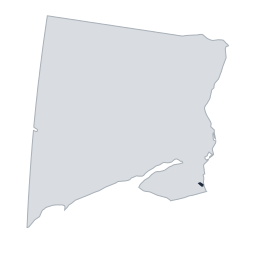 El Arish 3, Shamal Sina', Egypt (highlighted), rotated 94°
{"feature_id": "37247803B18293726613988", "entity_name": "El Arish 3", "entity_type": "district", "adm_level": 2, "iso_a3": "EGY", "parent_name": "Egypt", "parent_adm1": "Shamal Sina'", "projection": "albers", "projection_center": [33.79, 31.001], "detail": "fine", "context": "in_parent", "style": "filled", "palette": "slate", "viewbox_px": 256, "rotation_deg": 94, "n_neighbors": 0, "source": "geoboundaries", "source_scale": "gbopen_adm2", "svg_char_len": 3143}
<svg xmlns="http://www.w3.org/2000/svg" viewBox="0 0 256 256"><g transform="rotate(94 128 128)"><path d="M234.3,221.8L228.4,221.9L222.6,222.1L216.7,222.2L210.8,222.3L205.0,222.4L199.1,222.4L193.2,222.5L187.3,222.5L181.5,222.5L175.6,222.5L169.7,222.5L163.9,222.5L158.0,222.4L152.1,222.4L146.2,222.3L140.4,222.2L137.0,222.1L137.6,220.4L138.0,219.3L137.6,218.4L136.5,218.2L135.7,218.4L133.9,221.9L133.0,222.0L130.9,222.0L124.1,221.8L117.2,221.6L110.4,221.4L103.6,221.1L96.7,220.9L89.9,220.6L83.1,220.2L76.3,219.9L69.4,219.5L62.6,219.1L55.8,218.7L49.0,218.3L42.1,217.8L35.3,217.3L28.5,216.8L21.7,216.3L22.0,212.1L22.4,207.9L22.7,203.6L23.0,199.4L23.4,195.2L23.7,190.9L24.0,186.7L24.4,182.5L24.7,178.2L25.1,174.0L25.4,169.7L25.7,165.5L26.1,161.2L26.4,157.0L26.7,152.7L27.1,148.5L27.4,144.2L27.8,140.0L28.1,135.7L28.4,131.5L28.8,127.2L29.1,122.9L29.4,118.7L29.8,114.4L30.1,110.1L30.5,105.9L30.8,101.6L31.1,97.3L31.5,93.1L31.8,88.8L32.2,84.5L32.5,80.3L32.4,79.5L31.7,76.5L31.2,72.7L30.6,68.1L30.6,66.7L29.5,61.9L29.5,60.5L29.9,59.6L32.7,55.9L33.6,54.0L34.4,51.8L34.8,49.9L34.3,47.0L33.7,44.4L33.6,41.8L33.7,39.2L35.1,37.5L36.7,36.0L37.3,35.0L38.3,33.9L39.0,33.5L40.0,35.9L42.5,36.5L51.0,35.0L60.0,37.7L65.0,38.8L72.7,41.1L77.2,44.5L78.5,45.0L81.9,45.1L84.1,47.1L93.0,48.4L97.7,50.7L100.3,52.4L101.9,53.0L103.3,53.0L105.3,52.4L107.8,51.4L110.5,49.9L116.2,46.0L118.2,45.3L119.4,45.5L121.0,45.5L121.7,44.4L122.5,43.7L123.1,42.8L123.9,41.8L126.8,41.6L132.6,40.0L131.9,40.8L126.6,42.7L128.9,43.0L131.2,42.4L133.8,42.0L134.3,41.2L134.7,39.6L135.2,39.4L137.0,39.7L142.3,42.3L143.6,42.4L147.4,41.1L148.3,40.8L149.5,41.6L152.2,44.7L151.2,44.6L148.3,41.9L148.0,43.2L146.3,45.5L148.4,46.6L150.1,47.0L151.0,48.3L151.6,49.4L153.3,48.9L154.6,47.4L153.9,46.5L153.5,45.6L154.1,45.6L155.3,46.4L158.6,49.4L159.8,50.0L161.1,49.9L163.9,49.1L164.7,49.2L168.4,48.2L168.8,49.0L169.4,49.8L172.4,48.9L177.2,48.9L181.0,47.9L185.5,45.6L185.8,45.2L186.1,45.8L186.6,47.4L188.0,51.5L189.2,54.7L190.7,59.1L191.1,60.8L191.3,61.9L193.5,66.8L194.8,70.8L195.8,74.0L197.1,78.7L197.7,80.4L196.8,81.2L194.9,84.3L193.0,94.1L190.2,101.8L189.9,106.6L189.5,108.3L188.1,110.7L186.4,113.1L183.5,111.9L178.7,107.7L175.9,103.7L172.9,101.2L170.1,97.8L169.3,95.3L169.4,93.8L168.2,89.9L167.3,88.1L163.9,84.0L162.9,81.9L162.2,80.9L161.4,79.5L160.2,74.2L158.9,70.9L157.4,71.8L157.6,73.2L156.3,75.1L155.4,77.4L156.0,79.2L158.8,82.1L159.4,83.3L160.0,86.0L159.8,89.6L160.3,90.8L162.3,93.5L163.1,95.2L163.5,96.5L164.2,97.8L166.3,100.1L169.3,104.6L172.1,107.6L174.2,109.1L175.1,110.6L175.3,114.3L175.1,116.1L176.9,119.5L177.6,121.2L179.4,122.6L180.2,124.1L180.9,126.7L182.1,134.3L183.6,136.2L188.5,146.2L192.6,152.5L194.6,157.2L197.6,162.9L203.7,175.5L207.3,179.3L208.8,181.5L211.4,183.1L214.2,185.5L211.5,185.3L210.9,185.5L209.9,185.9L209.5,187.4L209.3,188.6L209.8,195.0L210.5,198.2L213.0,204.3L214.8,206.1L215.7,207.3L216.9,208.1L222.6,210.1L226.0,214.5L233.5,219.9L234.3,221.4L234.3,221.8Z" fill="#d9dde1" stroke="#a8b0b8" stroke-width="1"/><path d="M179.3,49.4L178.6,50.8L177.8,52.2L178.3,53.3L178.9,52.6L180.6,50.3L180.5,49.5L179.3,49.4Z" fill="#64748b" stroke="#1e293b" stroke-width="1.5"/></g></svg>